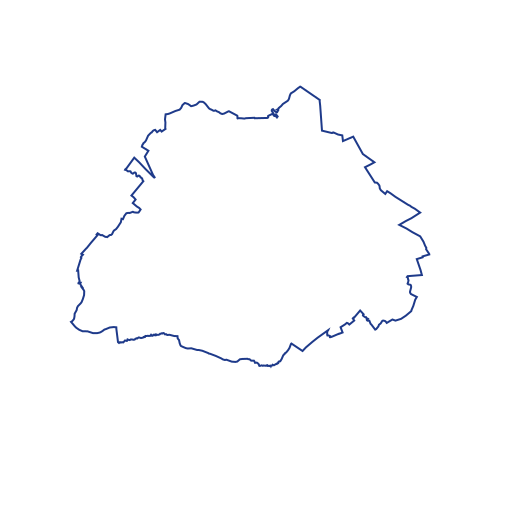 IP, Salaj, Romania, rotated 36°
{"feature_id": "2599482B12205021786957", "entity_name": "IP", "entity_type": "district", "adm_level": 2, "iso_a3": "ROU", "parent_name": "Romania", "parent_adm1": "Salaj", "projection": "orthographic", "projection_center": [22.621, 47.222], "detail": "fine", "context": "isolated", "style": "outline", "palette": "blue", "viewbox_px": 512, "rotation_deg": 36, "n_neighbors": 0, "source": "geoboundaries", "source_scale": "gbopen_adm2", "svg_char_len": 6140}
<svg xmlns="http://www.w3.org/2000/svg" viewBox="0 0 512 512"><g transform="rotate(36 256 256)"><path d="M275.0,362.7L276.3,362.1L282.1,360.5L287.9,359.3L290.1,359.1L292.0,358.4L293.0,357.3L298.5,355.7L301.6,353.8L302.9,352.4L303.7,349.0L305.5,347.3L309.5,344.2L310.2,344.1L311.5,343.3L313.6,343.5L315.8,341.9L316.7,342.2L318.0,343.0L319.3,341.8L320.2,341.7L322.0,342.0L323.1,342.9L323.7,342.7L324.9,341.1L326.1,340.8L326.4,340.2L328.5,339.0L328.7,338.4L329.2,337.8L329.8,338.2L330.2,338.0L330.3,337.6L331.5,337.2L331.9,336.7L331.9,336.3L332.2,336.1L332.8,336.4L332.7,335.9L333.5,335.0L333.4,334.2L334.7,333.9L335.8,331.4L336.3,331.2L336.3,330.1L336.9,329.7L336.9,329.2L336.4,328.3L336.6,327.8L337.5,326.9L337.3,324.3L336.4,320.3L336.6,319.4L336.5,318.9L336.8,318.2L336.6,317.5L337.0,316.8L337.2,315.3L337.3,312.9L337.1,310.6L336.0,306.6L336.1,306.0L349.5,305.5L350.1,300.6L352.1,292.3L353.9,285.8L358.0,273.5L358.1,273.9L357.8,275.2L358.7,276.2L359.9,277.9L360.5,278.3L361.2,277.7L362.7,277.3L363.5,278.2L363.8,278.0L363.7,277.6L364.0,277.2L364.6,277.1L365.4,275.8L368.6,270.4L368.7,270.5L369.0,270.1L371.0,267.0L366.3,263.9L368.2,259.1L368.8,256.7L369.8,256.4L371.8,256.6L373.4,250.5L371.0,249.6L371.2,248.3L371.6,248.2L372.3,238.9L377.3,239.9L377.2,240.8L377.4,241.2L378.2,241.4L380.5,241.3L381.0,240.9L381.2,241.1L382.0,241.2L382.4,241.7L382.7,241.6L382.9,241.1L383.5,241.0L383.5,241.6L383.2,242.5L383.4,242.7L384.2,242.8L385.7,241.7L388.5,243.5L389.8,243.7L395.7,245.5L396.2,244.5L396.3,242.9L396.4,241.1L395.9,239.3L396.5,237.3L396.3,234.4L396.5,233.9L396.8,233.5L398.4,232.8L399.6,232.8L401.1,233.3L403.7,227.2L406.8,226.3L410.3,221.6L412.3,216.2L414.0,209.4L413.5,208.0L412.6,203.9L410.5,197.8L410.2,194.6L403.7,195.7L402.2,195.1L401.5,194.2L400.0,190.3L399.3,189.3L398.4,188.6L397.7,188.6L395.9,189.4L394.9,189.3L394.4,187.6L393.6,185.9L393.0,185.7L391.4,184.2L390.5,184.3L390.5,183.2L401.4,173.9L397.3,170.6L387.9,164.0L391.6,159.1L391.0,158.4L395.3,152.9L394.9,152.5L389.7,150.6L389.0,149.3L386.8,148.3L383.1,146.0L377.3,143.6L368.5,144.8L361.7,145.3L353.6,146.6L356.7,139.6L359.5,134.1L363.3,124.4L356.7,124.4L352.9,124.9L351.0,124.8L349.0,125.2L334.0,126.2L327.8,126.2L324.0,126.5L324.1,129.8L318.4,129.4L316.5,128.6L314.8,126.8L314.2,126.4L312.3,125.8L310.8,125.6L308.9,126.7L292.0,120.1L294.8,114.7L296.7,110.6L282.5,110.7L264.5,102.3L258.8,111.9L254.9,107.7L251.0,109.5L246.1,110.5L245.7,110.8L245.7,111.3L244.9,112.0L235.7,115.8L219.6,96.7L216.4,93.2L215.9,92.3L192.5,92.9L192.2,93.0L191.3,95.6L190.1,100.3L188.6,104.0L189.0,106.1L190.3,109.5L190.5,111.2L190.4,111.9L188.4,117.2L188.2,119.9L187.5,122.6L187.4,123.0L187.7,123.5L187.1,125.0L187.8,124.7L188.4,125.2L188.3,125.7L188.6,127.3L188.4,127.7L186.0,127.8L183.4,127.2L183.0,127.9L183.0,128.6L183.4,129.3L186.2,130.4L186.6,130.8L188.2,131.1L188.7,129.9L189.8,129.9L191.5,130.4L191.5,131.6L189.8,131.2L188.5,132.0L188.0,131.7L187.3,131.7L185.8,131.2L183.5,135.5L183.9,136.3L184.3,136.6L184.3,137.2L184.1,137.6L174.0,145.3L173.5,145.1L166.9,150.4L165.8,151.7L163.0,153.3L160.7,154.9L160.3,155.5L160.1,155.5L158.6,153.6L158.2,153.5L149.0,154.8L148.5,155.5L146.5,159.5L145.2,161.0L143.3,161.5L141.5,161.4L139.5,161.9L137.6,162.0L137.0,162.9L136.2,163.5L133.7,163.8L132.9,164.1L131.2,164.2L126.0,162.7L123.6,162.4L122.2,162.6L119.6,164.4L118.8,168.4L117.1,171.0L115.6,172.8L115.3,173.0L114.0,172.9L111.7,173.0L108.8,173.9L108.4,174.2L107.8,177.2L108.4,180.1L108.2,182.5L105.6,186.0L102.4,191.4L101.3,192.9L99.6,194.5L102.1,199.0L104.2,201.2L107.4,205.9L108.1,206.4L106.5,210.8L104.4,210.3L103.2,214.0L100.3,213.2L99.6,214.1L99.2,214.9L99.0,215.8L99.0,217.3L98.7,217.7L98.4,219.1L98.0,222.1L99.1,227.2L99.1,229.0L98.6,231.1L98.8,231.4L98.8,232.9L99.4,234.7L107.1,234.1L107.6,240.9L125.0,250.9L127.7,251.9L127.6,252.3L127.3,252.4L115.5,250.6L106.6,248.9L99.7,248.0L99.7,260.8L99.5,262.1L99.3,262.7L99.4,263.2L100.7,262.7L102.6,262.8L104.1,261.6L104.7,261.3L106.2,262.0L107.8,261.9L108.1,261.6L108.5,260.1L108.7,259.8L109.4,259.4L110.2,259.6L112.4,261.7L113.2,261.5L113.9,259.8L114.7,259.6L116.6,260.3L117.2,260.0L118.4,260.3L120.0,261.5L120.9,261.7L119.7,280.3L122.5,280.4L125.4,281.1L125.2,285.6L130.5,286.0L133.2,285.8L135.3,286.2L135.4,288.1L135.4,289.8L135.2,290.1L133.6,291.3L131.6,292.4L130.4,292.6L128.5,295.5L128.0,295.7L127.0,296.5L126.0,297.6L125.9,300.8L126.7,304.4L125.3,304.9L126.8,308.1L127.1,313.5L127.0,316.4L126.1,319.0L126.2,320.3L126.7,322.9L126.4,324.1L125.4,325.0L125.2,325.5L124.5,328.2L123.7,328.5L122.8,329.1L119.1,329.5L118.6,330.2L118.0,330.5L114.5,330.7L114.4,332.3L115.5,332.4L114.7,342.5L114.4,348.9L114.2,349.8L113.4,356.9L115.2,356.7L114.9,359.1L115.0,359.9L115.9,360.2L116.2,362.1L119.9,372.9L120.6,372.2L125.1,377.5L128.3,380.2L128.4,380.6L128.2,381.6L128.3,382.4L128.5,382.5L129.9,381.0L130.1,382.0L133.9,383.4L133.4,383.8L136.6,384.8L137.7,385.4L139.9,388.7L141.2,392.5L142.0,395.8L142.0,397.2L141.4,401.3L141.7,403.1L142.7,405.2L143.2,409.3L144.7,411.6L145.6,413.5L145.8,414.4L145.6,416.9L145.1,418.0L150.8,419.4L152.8,419.7L156.4,419.6L160.0,418.8L163.9,416.0L169.5,414.2L172.8,411.8L174.4,410.0L175.0,409.1L175.9,407.0L176.6,404.6L177.5,403.4L179.7,399.8L182.7,397.1L184.9,395.8L186.1,397.3L195.0,406.8L196.3,406.9L196.6,405.6L197.6,405.5L198.3,404.4L199.3,404.1L199.5,403.3L199.7,401.3L201.3,400.7L201.5,400.5L201.1,399.0L202.1,398.8L203.3,398.2L203.7,397.2L204.6,396.5L206.4,395.6L207.0,394.8L207.1,393.7L207.6,393.3L207.9,392.6L208.4,392.5L208.8,391.2L209.1,390.7L211.2,390.0L212.6,388.4L212.7,387.5L212.9,387.3L213.6,387.1L213.8,386.7L213.5,386.1L213.5,385.7L214.7,384.9L215.4,384.1L216.3,383.7L217.4,382.7L217.4,381.4L218.8,381.7L219.1,381.4L219.3,380.1L219.9,380.1L219.9,379.7L220.8,378.5L221.3,379.2L221.6,379.1L222.1,378.1L223.5,377.0L224.1,376.1L224.2,375.9L224.1,375.3L224.9,374.5L225.1,374.0L225.9,373.7L226.1,373.0L226.6,372.6L228.5,372.9L229.2,372.1L230.6,372.1L232.3,370.6L236.9,368.8L239.6,367.0L241.1,368.7L243.2,369.3L245.5,371.4L247.5,372.7L248.2,372.9L250.7,372.4L253.3,371.8L255.1,371.0L257.9,368.7L263.5,366.7L264.9,365.7L268.3,364.2L274.5,362.6L275.0,362.7Z" fill="none" stroke="#1e3a8a" stroke-width="2"/></g></svg>